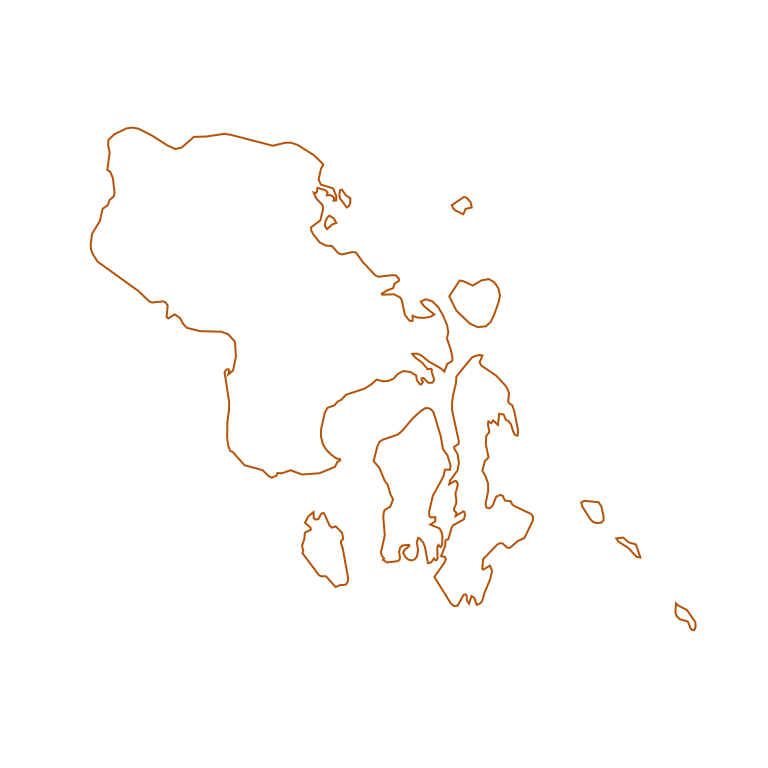 map outline of Sulawesi Tenggara (Robinson projection), rotated 350°
{"feature_id": "IDN-556", "entity_name": "Sulawesi Tenggara", "entity_type": "Province", "adm_level": 1, "iso_a3": "IDN", "parent_name": "Indonesia", "parent_adm1": "", "projection": "robinson", "projection_center": [122.493, -4.447], "detail": "fine", "context": "isolated", "style": "outline", "palette": "amber", "viewbox_px": 768, "rotation_deg": 350, "n_neighbors": 0, "source": "natural_earth", "source_scale": "10m", "svg_char_len": 6158}
<svg xmlns="http://www.w3.org/2000/svg" viewBox="0 0 768 768"><g transform="rotate(350 384 384)"><path d="M362.4,157.2L359.4,160.9L355.1,171.3L356.5,176.7L367.9,182.5L369.7,191.2L368.8,194.9L366.1,194.7L367.3,192.5L366.1,190.2L363.5,188.5L360.4,188.3L361.7,185.7L360.0,183.0L352.5,179.3L351.3,183.2L350.0,184.1L347.9,183.2L349.5,189.5L354.6,197.2L354.3,201.1L349.7,211.9L339.4,217.0L339.0,219.9L340.2,224.0L345.2,233.3L350.7,237.5L356.8,239.2L361.7,247.3L365.0,249.1L375.7,248.6L379.3,249.7L384.2,260.1L393.9,274.9L397.0,277.4L411.6,278.3L414.8,279.4L416.9,283.0L416.6,285.0L411.8,287.1L409.5,291.3L403.6,292.2L397.5,294.7L397.7,295.7L409.3,297.4L414.8,301.4L416.1,304.5L416.5,319.4L420.1,326.1L422.8,326.9L423.3,326.3L423.9,321.8L428.5,324.4L435.0,325.9L441.3,325.9L445.6,324.3L436.8,314.1L434.5,309.2L439.8,307.8L446.0,311.0L450.7,317.7L453.8,325.8L456.3,336.9L456.3,344.4L453.9,350.1L455.7,361.7L456.0,369.6L455.2,373.1L449.7,375.3L445.6,382.3L443.1,378.9L431.8,369.4L425.8,362.5L422.0,359.9L417.1,359.2L418.9,362.8L425.6,370.0L429.5,377.1L433.0,377.1L433.7,378.3L433.0,379.7L434.2,388.0L433.4,389.9L431.7,391.1L427.9,390.6L423.9,384.9L422.0,384.9L421.6,386.1L422.8,388.7L420.6,390.9L419.1,390.3L417.1,386.1L417.1,381.2L412.2,376.8L405.4,374.6L399.5,376.5L394.2,380.4L388.6,381.8L382.9,381.0L377.5,378.4L371.1,382.3L364.2,385.1L344.8,388.0L339.2,392.1L335.4,393.2L331.5,396.4L324.1,397.7L320.7,402.1L314.2,417.6L312.8,424.6L313.4,432.9L316.1,439.4L319.9,444.6L324.1,449.0L327.6,450.3L327.6,451.7L324.5,452.7L321.3,457.1L304.9,460.7L287.6,458.9L277.0,452.7L268.1,454.2L263.6,453.2L262.4,455.5L257.3,456.8L254.2,454.4L249.5,447.8L232.5,439.7L223.2,424.6L221.0,423.3L219.8,417.0L220.3,409.1L223.2,394.0L226.9,382.6L228.4,374.7L229.0,344.8L231.2,342.4L233.4,342.4L234.0,343.8L232.3,347.5L237.6,344.6L242.9,331.5L244.6,316.5L239.1,307.8L232.6,304.2L211.9,300.0L199.4,294.3L196.5,289.6L194.7,283.8L189.8,279.0L183.1,282.0L181.5,280.3L184.6,269.2L183.0,265.6L180.5,264.2L169.9,263.5L167.3,262.0L158.1,249.6L123.2,213.8L120.0,206.2L118.8,200.7L119.3,196.2L122.4,185.6L132.5,174.1L137.2,162.7L143.2,159.8L145.6,155.2L150.5,152.3L151.8,149.0L152.8,134.2L151.2,127.4L148.7,125.1L154.0,108.5L153.8,100.8L155.0,95.8L161.9,91.2L174.7,87.6L181.0,87.8L186.6,90.0L198.6,99.0L212.3,111.6L219.4,116.4L226.0,115.9L239.7,107.6L251.6,109.4L270.0,109.9L275.9,111.8L315.8,130.0L328.7,129.3L334.3,130.2L340.5,133.6L354.5,146.3L362.4,157.2ZM491.2,526.9L506.3,537.5L507.7,540.9L506.9,544.3L495.6,560.0L488.7,561.8L479.4,567.3L476.7,566.4L473.4,561.9L470.9,560.9L467.9,561.6L451.2,573.7L448.7,583.0L449.5,584.0L456.8,581.3L458.1,586.6L454.6,594.8L446.7,607.2L443.1,614.5L440.8,616.7L437.0,617.6L435.8,610.4L433.3,608.0L429.7,615.1L428.1,611.7L428.6,607.1L427.9,605.3L425.7,605.4L418.2,615.0L414.5,614.9L411.8,611.9L400.1,582.8L412.8,570.1L414.5,567.4L414.1,564.9L410.3,563.4L416.0,554.4L417.5,548.5L420.5,547.9L425.5,537.6L427.4,535.2L439.1,531.2L441.0,527.3L440.9,523.9L440.0,523.2L431.6,526.5L433.0,523.5L431.1,521.0L431.4,518.6L434.1,514.7L435.0,512.0L435.3,504.4L439.3,495.9L438.7,492.7L437.1,491.7L430.8,494.1L432.3,490.6L441.5,481.8L444.1,474.4L444.3,465.8L442.0,460.0L442.1,458.1L447.0,456.0L447.7,453.5L446.5,421.9L447.7,414.5L450.1,406.8L455.0,395.8L456.6,389.2L474.9,373.4L478.5,372.3L483.1,372.0L485.9,373.1L481.9,379.2L483.0,382.6L496.1,395.5L503.2,406.5L504.8,410.6L505.5,414.9L503.3,422.6L503.7,424.5L506.6,427.2L507.6,433.5L508.0,453.3L506.6,458.1L504.3,457.1L502.9,453.3L502.1,445.8L500.0,442.0L497.8,440.5L496.5,434.8L492.2,433.4L489.1,444.1L485.2,438.8L482.8,441.3L480.3,439.0L479.4,441.4L479.4,449.6L475.6,453.0L473.8,460.9L474.2,474.5L470.0,477.4L465.8,486.4L468.0,492.7L469.2,499.9L468.1,507.1L463.1,520.0L463.4,523.4L466.4,524.8L469.8,522.7L475.0,514.4L479.4,513.5L481.5,514.7L482.8,519.7L488.5,521.6L489.3,524.8L491.2,526.9ZM434.1,465.1L435.4,476.3L434.1,479.9L429.2,478.9L426.2,485.8L412.7,502.5L406.2,517.7L405.7,521.6L406.6,523.4L411.5,524.1L410.4,528.3L405.2,530.5L413.4,535.7L414.8,539.0L415.2,543.3L413.4,552.4L411.5,554.4L409.6,551.9L408.1,554.5L406.4,565.2L405.2,566.5L404.1,566.6L402.9,564.4L399.5,567.9L396.2,568.1L396.0,551.2L395.0,546.8L392.4,542.4L390.9,541.5L388.8,545.4L388.8,553.2L386.5,559.6L383.8,562.0L380.7,562.6L377.7,561.3L375.1,558.3L373.6,553.9L374.9,551.3L380.9,547.9L380.9,546.8L374.1,546.2L371.6,547.9L369.7,551.8L369.6,557.7L368.7,559.9L366.5,560.8L356.0,560.3L352.5,557.0L353.8,555.8L352.0,552.6L351.8,549.1L358.5,533.2L360.2,514.8L361.3,510.9L362.8,508.1L368.7,506.1L372.9,499.3L371.1,493.4L370.1,483.7L367.8,479.3L365.0,466.1L360.4,458.1L366.9,443.8L369.6,440.1L373.2,438.6L388.8,436.2L393.8,433.3L405.7,423.3L414.9,417.3L420.5,414.9L423.9,415.6L426.6,418.0L427.9,420.9L430.8,445.2L430.8,458.5L434.1,465.1ZM316.9,523.3L316.9,529.6L314.6,531.0L314.0,533.2L314.8,538.3L315.0,568.8L314.0,572.4L311.6,575.0L305.7,574.5L301.0,575.5L293.6,563.4L288.4,562.3L286.7,560.9L274.3,536.4L275.5,534.5L275.2,529.1L278.8,522.5L279.9,517.7L280.9,516.4L286.7,514.7L286.7,512.8L282.1,506.9L286.5,501.2L292.4,497.9L291.5,503.8L292.9,505.6L295.8,505.7L299.6,501.1L301.2,500.3L302.5,500.9L305.7,513.6L307.9,516.5L311.8,515.8L316.9,523.3ZM505.5,298.9L510.4,303.1L513.3,309.7L513.6,317.0L511.2,323.1L504.2,335.4L499.7,341.6L494.2,344.9L486.0,344.2L479.1,339.5L468.0,324.3L463.5,309.0L476.4,295.3L479.5,296.2L488.6,302.5L497.9,298.9L505.5,298.9ZM560.9,533.8L574.8,537.7L576.8,542.2L577.2,552.1L576.5,556.5L574.0,558.3L569.3,557.9L566.3,556.4L564.1,553.6L558.2,539.7L557.6,534.9L560.9,533.8ZM643.1,659.2L649.2,672.5L648.7,677.4L646.7,680.4L643.8,679.1L642.0,670.7L634.1,666.8L631.8,663.1L631.3,659.4L633.5,650.8L634.7,652.7L643.1,659.2ZM501.0,220.3L501.0,225.4L494.8,225.7L491.5,230.6L484.7,225.7L482.7,223.2L481.8,219.7L495.0,213.8L497.7,214.8L501.0,220.3ZM597.7,582.6L604.2,585.7L606.4,599.4L602.8,598.2L596.2,587.9L587.7,580.2L585.9,576.4L592.9,576.8L597.7,582.6ZM379.0,191.2L383.1,195.3L382.1,200.2L380.6,202.6L378.0,203.7L372.8,193.4L373.0,189.2L374.4,185.4L376.3,185.3L379.0,191.2ZM359.4,208.7L363.1,211.9L365.0,217.0L360.3,218.1L354.8,221.6L353.3,218.2L354.3,214.1L356.7,210.6L359.4,208.7Z" fill="none" stroke="#b45309" stroke-width="2"/></g></svg>